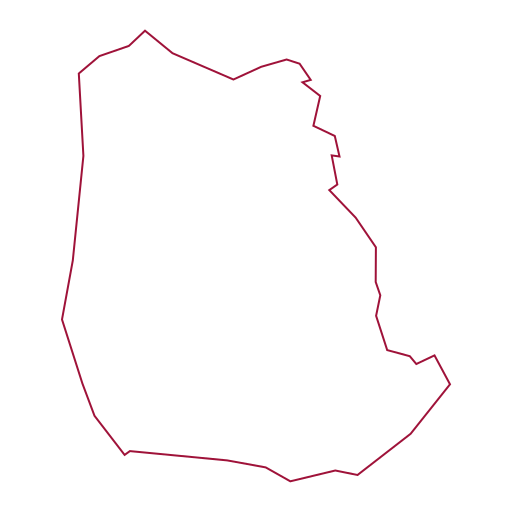 outline of Roane, West Virginia, United States of America
{"feature_id": "52423323B60388203244476", "entity_name": "Roane", "entity_type": "district", "adm_level": 2, "iso_a3": "USA", "parent_name": "United States of America", "parent_adm1": "West Virginia", "projection": "albers", "projection_center": [-81.306, 38.732], "detail": "fine", "context": "isolated", "style": "outline", "palette": "rose", "viewbox_px": 512, "rotation_deg": 0, "n_neighbors": 0, "source": "geoboundaries", "source_scale": "gbopen_adm2", "svg_char_len": 622}
<svg xmlns="http://www.w3.org/2000/svg" viewBox="0 0 512 512"><path d="M99.4,56.1L78.8,73.5L83.4,155.9L72.8,260.5L62.0,319.5L82.4,383.5L94.5,415.8L112.9,439.7L124.6,454.9L129.9,451.1L227.2,460.4L265.7,467.4L290.3,481.3L335.3,470.5L357.5,475.0L410.6,433.8L450.0,384.3L434.5,355.4L416.3,364.0L409.8,356.2L387.2,350.1L376.1,315.8L380.3,295.3L375.7,282.0L375.9,247.3L355.7,217.7L329.3,190.1L337.3,184.5L331.7,155.4L339.5,156.5L334.8,136.0L313.4,125.8L320.2,96.0L302.5,82.3L310.7,79.9L299.6,63.7L286.6,59.5L261.2,66.8L233.4,79.5L172.5,53.2L145.0,30.7L128.9,45.9L99.4,56.1Z" fill="none" stroke="#9f1239" stroke-width="2"/></svg>